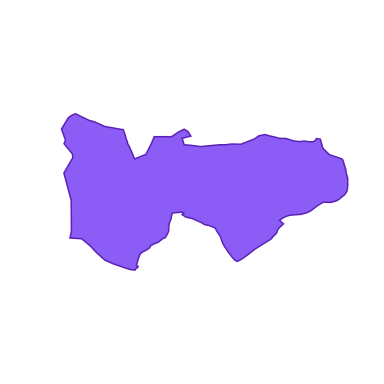 Sabuwa, Katsina, Nigeria (Natural Earth projection), rotated 291°
{"feature_id": "59680162B20254719160886", "entity_name": "Sabuwa", "entity_type": "district", "adm_level": 2, "iso_a3": "NGA", "parent_name": "Nigeria", "parent_adm1": "Katsina", "projection": "natural_earth1", "projection_center": [7.05, 11.346], "detail": "fine", "context": "isolated", "style": "filled", "palette": "violet", "viewbox_px": 384, "rotation_deg": 291, "n_neighbors": 0, "source": "geoboundaries", "source_scale": "gbopen_adm2", "svg_char_len": 2226}
<svg xmlns="http://www.w3.org/2000/svg" viewBox="0 0 384 384"><g transform="rotate(291 192 192)"><path d="M98.6,166.7L99.9,166.9L100.9,167.6L101.9,168.3L103.3,168.3L103.5,166.4L110.9,165.8L115.6,165.8L118.3,167.4L121.0,169.8L124.3,172.2L127.7,173.0L131.0,176.2L133.0,178.5L135.7,180.1L138.3,181.7L139.7,183.3L143.7,184.1L147.7,184.2L151.1,182.7L155.2,182.0L159.3,182.1L163.3,181.3L165.3,181.2L169.5,189.6L169.4,191.8L168.8,191.5L167.4,190.8L166.4,195.3L167.3,201.8L166.7,212.7L166.1,215.1L166.2,216.6L166.8,219.4L166.7,226.5L164.7,228.8L163.4,230.4L161.4,233.5L160.0,235.0L158.0,236.5L155.4,238.9L154.0,240.4L152.7,242.0L150.7,245.0L149.3,246.6L148.0,248.9L146.8,250.8L146.0,252.0L145.7,252.5L144.0,255.8L143.3,258.9L144.7,260.4L147.9,263.0L152.6,266.1L161.2,271.2L169.7,277.6L176.3,282.6L179.2,283.6L182.7,285.2L184.8,285.8L186.5,285.5L188.6,285.8L189.9,286.4L191.4,286.9L192.5,287.6L195.1,288.8L196.8,283.8L201.2,286.8L203.9,289.7L205.6,292.1L210.1,301.6L213.1,305.8L216.5,309.3L219.7,311.3L224.2,314.0L229.6,318.3L231.1,322.8L232.2,325.6L235.6,330.2L238.2,332.0L244.2,335.5L248.7,336.4L254.1,335.0L260.6,332.4L265.7,328.7L268.0,327.6L276.1,321.2L276.6,320.0L276.1,306.9L279.7,298.6L287.3,292.9L286.6,289.1L285.3,289.0L282.5,287.4L281.0,283.7L279.8,278.7L277.6,274.2L276.4,270.0L275.9,266.0L275.9,263.2L275.5,260.1L274.0,256.1L273.4,254.2L273.1,250.7L272.1,243.8L271.9,239.8L268.6,234.4L263.9,231.2L261.8,228.9L254.1,220.5L251.9,214.2L250.6,210.9L248.2,206.6L246.0,200.9L240.1,188.9L237.6,184.1L235.7,176.5L234.7,172.3L233.2,167.8L238.6,163.6L243.8,170.9L247.0,166.5L247.3,165.1L247.8,162.1L243.7,158.3L236.3,153.1L231.9,141.6L230.1,136.9L222.4,136.7L210.7,135.5L202.3,126.6L212.3,116.9L214.6,113.9L215.1,114.1L215.9,113.6L216.7,112.6L221.3,109.1L225.6,105.5L224.9,102.5L223.4,94.7L221.9,87.0L222.6,76.0L222.0,70.2L223.3,55.3L220.0,51.8L216.9,49.9L204.0,47.6L194.9,55.4L191.3,55.2L184.5,66.9L181.1,68.4L169.8,66.6L163.8,65.6L140.9,82.2L121.9,89.7L118.7,90.9L112.2,93.5L105.3,94.6L106.5,98.2L108.8,105.8L105.1,116.6L103.2,120.4L100.9,125.3L99.8,128.2L97.2,135.0L97.1,135.6L97.0,138.2L96.9,139.9L96.9,140.4L96.7,144.2L97.2,158.2L97.2,158.3L97.6,162.7L98.6,166.7Z" fill="#8b5cf6" stroke="#5b21b6" stroke-width="1.5"/></g></svg>